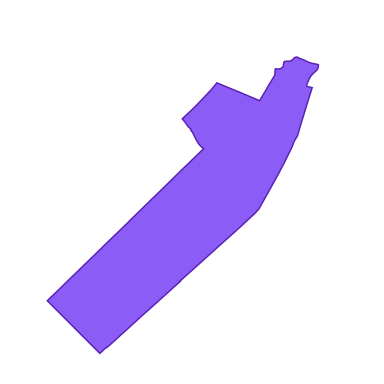 outline of Suditi, Ialomita, Romania, rotated 45°
{"feature_id": "2599482B50390168033912", "entity_name": "Suditi", "entity_type": "district", "adm_level": 2, "iso_a3": "ROU", "parent_name": "Romania", "parent_adm1": "Ialomita", "projection": "mercator", "projection_center": [27.583, 44.543], "detail": "fine", "context": "isolated", "style": "filled", "palette": "violet", "viewbox_px": 384, "rotation_deg": 45, "n_neighbors": 0, "source": "geoboundaries", "source_scale": "gbopen_adm2", "svg_char_len": 2981}
<svg xmlns="http://www.w3.org/2000/svg" viewBox="0 0 384 384"><g transform="rotate(45 192 192)"><path d="M240.9,371.3L240.9,371.1L241.0,370.3L241.0,369.6L241.1,367.5L241.2,364.6L241.3,362.8L241.4,362.1L241.6,362.1L241.8,362.1L242.2,355.5L242.5,350.1L242.7,345.2L242.7,344.7L242.8,342.4L243.0,340.2L243.1,337.7L243.4,330.4L243.6,326.6L243.9,320.1L244.2,313.8L244.6,307.3L245.3,293.7L245.9,283.3L246.2,276.5L246.9,263.2L246.5,263.2L247.6,243.4L249.6,204.9L249.9,200.7L250.3,192.6L250.5,189.1L250.6,186.5L250.8,183.6L251.2,172.5L251.6,163.0L251.6,162.3L251.3,156.7L244.8,133.6L239.8,116.4L235.9,104.0L231.1,90.0L229.8,87.0L228.7,84.6L228.4,83.9L228.1,82.8L227.0,78.1L226.9,77.8L222.3,69.3L221.9,68.7L208.0,42.5L203.2,33.2L202.8,33.5L200.1,35.2L199.5,35.6L199.1,35.7L198.5,35.7L197.9,35.5L197.5,35.2L197.0,34.5L196.6,33.6L195.9,31.7L194.9,29.1L194.8,28.7L194.2,26.5L194.1,25.7L193.9,24.2L193.9,22.3L194.0,20.7L194.0,19.8L194.1,18.5L193.9,16.7L193.6,15.6L192.9,14.5L192.2,13.7L191.5,12.7L190.7,12.9L189.5,13.7L185.8,16.2L184.8,16.7L183.8,17.2L182.6,17.8L180.5,18.6L179.6,18.9L178.2,19.3L177.3,19.7L176.0,20.3L175.2,20.6L174.4,21.0L173.8,21.4L173.0,21.6L172.2,21.8L171.4,22.1L170.7,22.5L170.2,23.1L169.8,23.8L169.5,24.6L169.4,25.5L169.5,26.4L169.5,27.1L169.4,28.0L169.3,28.8L169.2,29.4L169.1,29.8L168.6,30.3L167.8,31.2L167.3,31.8L166.5,32.6L166.1,33.0L165.5,33.8L165.2,34.2L165.2,35.2L165.7,36.0L166.4,36.9L167.1,37.8L167.7,38.7L167.8,39.7L167.7,40.8L167.4,42.1L166.5,43.4L165.7,44.6L164.5,45.3L163.8,46.0L165.1,47.7L167.0,49.7L167.6,50.3L167.9,50.9L168.0,51.0L168.9,54.8L169.4,56.8L169.9,58.8L170.2,59.9L170.5,61.5L172.0,67.0L172.8,69.9L173.0,71.0L173.8,74.0L174.4,76.4L174.9,78.6L175.2,79.7L172.9,80.6L153.8,88.3L153.0,88.8L151.9,89.1L144.7,92.2L132.4,97.2L133.0,103.4L133.0,103.9L133.3,106.6L133.4,110.4L133.5,114.0L133.6,116.5L133.7,121.9L133.8,126.1L133.8,127.2L133.9,127.3L133.8,130.7L133.8,133.2L133.3,147.1L137.1,147.5L137.9,147.6L140.8,148.1L141.5,148.2L142.8,148.4L143.3,148.4L144.8,148.5L146.8,148.4L147.5,149.2L150.0,149.4L157.0,151.8L160.9,152.8L163.2,153.3L164.2,153.4L166.6,153.4L169.6,153.2L169.6,155.5L169.5,157.7L169.5,161.1L169.3,170.5L169.3,173.2L169.1,181.8L169.1,185.3L169.1,186.5L169.1,188.1L169.0,191.9L169.0,196.6L168.9,199.3L168.9,202.0L168.9,204.8L168.8,211.9L168.8,214.6L168.7,218.6L168.6,225.3L168.5,233.3L168.4,243.0L168.3,249.4L168.2,255.2L168.3,260.0L168.2,262.2L168.1,269.4L167.9,278.0L167.8,286.6L167.7,290.8L167.7,292.8L167.7,296.6L167.6,299.9L167.6,304.0L167.5,309.3L167.5,311.1L167.4,316.2L167.3,319.7L167.3,324.7L167.1,334.4L167.0,341.4L166.9,353.4L166.8,358.4L166.7,363.8L166.6,368.0L166.6,369.5L166.6,371.2L172.0,371.2L176.1,371.2L181.3,371.2L184.6,371.2L189.3,371.2L192.4,371.2L195.5,371.2L202.8,371.2L205.1,371.3L209.1,371.3L214.2,371.3L216.4,371.3L218.2,371.3L219.7,371.2L221.1,371.2L224.2,371.3L226.7,371.3L228.0,371.3L230.9,371.3L233.6,371.3L236.7,371.3L237.7,371.3L240.9,371.3Z" fill="#8b5cf6" stroke="#5b21b6" stroke-width="1.5"/></g></svg>